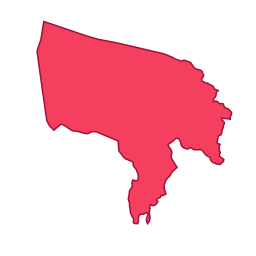 the Province of Kandahar, rotated 98°
{"feature_id": "AFG-1754", "entity_name": "Kandahar", "entity_type": "Province", "adm_level": 1, "iso_a3": "AFG", "parent_name": "Afghanistan", "parent_adm1": "", "projection": "orthographic", "projection_center": [66.2, 31.058], "detail": "fine", "context": "isolated", "style": "filled", "palette": "rose", "viewbox_px": 256, "rotation_deg": 98, "n_neighbors": 0, "source": "natural_earth", "source_scale": "10m", "svg_char_len": 5260}
<svg xmlns="http://www.w3.org/2000/svg" viewBox="0 0 256 256"><g transform="rotate(98 128 128)"><path d="M220.0,95.3L218.8,96.2L217.1,96.9L215.4,97.1L211.7,96.3L209.9,96.4L209.2,97.6L209.6,98.6L210.4,99.6L211.2,100.7L211.6,103.3L212.4,104.3L213.5,105.0L214.6,105.3L219.3,104.6L221.4,105.2L221.7,108.0L221.1,109.3L220.3,109.7L218.0,109.6L217.1,109.9L216.3,110.5L215.6,111.2L212.0,113.6L210.9,114.0L207.9,114.6L205.8,115.5L202.5,116.0L198.5,117.7L197.5,117.9L193.9,117.6L190.9,117.8L190.0,117.7L188.8,117.3L186.7,116.2L185.6,115.8L184.5,115.9L182.3,116.5L181.1,116.4L179.8,116.2L179.1,116.0L178.7,115.6L178.6,115.1L178.8,114.7L179.2,114.3L179.3,113.8L179.2,112.3L178.8,111.4L177.9,110.9L174.6,111.0L172.5,111.6L168.7,113.6L167.0,115.0L165.7,116.6L164.2,117.7L162.0,118.0L160.7,119.0L158.8,126.5L157.7,128.0L152.4,133.5L151.1,134.1L143.4,135.7L142.4,136.2L141.9,137.2L136.3,158.5L136.2,161.4L137.1,164.0L138.5,165.8L139.0,166.7L139.3,168.0L139.4,169.4L138.3,178.2L138.5,182.2L138.2,183.4L134.5,191.0L133.7,193.5L133.6,194.6L133.9,195.5L135.9,196.9L138.3,199.3L140.1,200.7L140.5,201.3L140.3,201.6L139.8,201.8L139.5,202.0L138.3,204.0L136.8,206.0L132.2,209.3L127.3,210.8L123.9,211.8L120.6,212.7L117.2,213.7L113.9,214.7L110.6,215.6L107.2,216.6L103.9,217.6L100.5,218.6L97.1,219.5L93.8,220.5L90.4,221.4L87.1,222.4L83.7,223.4L80.4,224.3L77.0,225.3L73.7,226.2L65.3,228.6L62.4,228.5L52.8,226.6L44.9,226.4L34.3,226.2L34.3,225.8L42.4,183.0L44.3,170.2L45.4,148.8L48.4,115.9L48.6,113.6L49.5,103.3L50.3,99.5L52.1,93.1L53.1,91.1L53.2,90.7L54.1,84.9L54.6,84.0L54.6,83.9L54.5,83.7L54.1,83.5L53.7,83.2L53.2,82.6L53.0,82.2L53.1,81.4L54.2,75.9L54.4,75.4L54.5,75.1L54.7,74.9L55.7,74.1L56.1,73.6L58.6,71.2L59.5,70.2L59.8,69.6L60.4,67.2L60.4,65.0L60.9,63.8L61.3,63.0L61.6,62.6L61.9,62.3L62.2,62.2L62.5,62.1L63.6,61.5L64.5,60.8L65.0,60.5L65.5,60.4L66.4,60.5L66.8,60.7L67.7,61.3L68.2,61.6L68.7,61.7L69.9,61.7L70.7,61.6L71.1,61.3L71.4,60.8L72.3,57.8L72.7,56.8L72.9,56.3L72.9,55.9L72.6,55.7L72.4,55.5L72.3,55.3L72.4,55.1L72.6,54.9L73.1,54.7L73.3,54.4L73.4,54.1L73.5,53.4L73.6,53.0L74.0,51.9L74.1,51.4L74.2,51.0L74.4,50.1L76.0,48.6L77.0,48.1L77.3,47.9L77.4,47.7L77.4,47.4L78.3,43.9L78.9,44.1L79.7,45.1L80.2,45.4L80.8,45.5L83.8,45.4L84.7,45.7L86.8,46.9L87.6,47.2L88.4,47.3L89.1,47.3L89.6,47.2L90.0,46.9L89.1,45.1L89.1,44.8L89.0,44.5L89.2,44.3L89.4,44.1L89.5,43.7L89.8,42.6L89.9,42.3L90.0,42.2L90.3,41.9L90.9,41.6L91.2,41.3L91.2,41.1L90.9,39.7L90.7,38.2L90.8,37.6L90.8,37.2L91.0,37.0L91.1,36.9L92.1,36.4L92.9,36.1L93.1,36.0L93.6,35.6L94.0,35.1L94.5,34.1L94.7,33.3L94.9,32.3L95.2,31.5L95.7,30.6L97.7,28.1L98.1,27.7L98.3,27.6L98.8,27.5L99.2,27.4L103.3,28.2L104.1,28.2L105.0,27.8L105.3,27.9L105.4,28.1L105.4,28.4L105.2,28.6L105.0,29.2L104.9,30.1L105.2,33.9L105.1,35.7L105.2,36.2L105.2,36.4L105.4,36.4L105.6,36.4L106.5,36.2L106.8,36.1L107.1,35.9L107.3,35.7L107.5,35.4L108.2,34.2L108.4,34.0L108.6,33.8L108.9,33.6L109.4,33.4L110.0,33.2L110.4,33.3L110.9,33.4L112.7,34.0L113.0,34.0L114.3,33.8L114.7,33.9L115.7,34.2L118.6,34.5L121.2,34.8L121.9,35.0L122.0,35.2L122.2,35.7L122.2,36.0L122.8,36.8L123.3,37.2L123.8,37.4L124.3,37.5L125.2,37.4L128.6,37.8L130.5,37.5L130.8,37.2L130.9,36.9L131.0,36.7L131.0,35.8L131.0,35.4L131.1,35.0L131.4,34.6L131.7,34.5L131.9,34.5L132.0,34.6L132.1,34.9L132.4,35.1L133.0,35.3L133.6,35.1L137.3,34.5L137.9,34.2L138.2,33.9L139.5,33.1L141.3,33.8L141.8,33.8L142.5,33.8L142.9,33.6L143.2,33.3L144.4,31.5L145.1,29.9L145.3,29.5L145.7,29.0L145.9,28.8L146.1,28.7L146.3,28.8L146.5,28.9L147.0,28.9L147.6,28.8L148.0,28.8L148.2,29.0L148.4,29.2L148.6,29.7L148.7,29.9L148.9,30.0L149.5,30.4L149.9,30.8L150.1,30.9L150.7,31.1L151.1,31.3L151.3,31.6L151.5,32.0L151.4,32.4L151.2,33.0L151.2,33.3L151.3,34.4L151.3,34.8L151.2,35.2L150.6,38.2L150.5,38.6L149.9,39.7L149.2,41.0L148.4,41.5L146.4,42.5L145.8,43.0L145.4,43.5L144.7,45.6L144.4,46.2L143.7,47.4L142.8,48.5L141.5,49.6L140.1,51.0L139.8,51.5L139.5,52.1L139.3,52.9L139.3,53.4L139.4,53.9L139.7,54.6L139.7,55.0L139.8,55.8L139.9,56.3L140.0,56.4L140.0,56.6L140.1,58.0L140.4,59.5L140.3,59.8L140.2,60.2L139.4,61.6L138.7,63.3L138.7,63.7L138.8,64.1L139.0,64.3L139.6,64.7L140.1,65.1L140.5,66.5L140.5,68.2L140.4,68.6L139.7,70.3L138.6,72.0L138.1,72.6L137.8,72.8L137.5,73.0L135.5,73.6L134.1,74.3L133.3,74.8L131.4,76.6L131.4,78.3L131.6,78.8L131.9,79.4L132.2,79.7L132.4,79.9L134.2,81.1L138.7,85.9L138.9,86.0L139.2,86.0L141.5,84.4L142.8,83.0L143.6,82.4L144.7,81.7L145.7,81.3L146.9,81.1L147.1,81.1L147.4,81.1L147.6,81.3L148.2,81.4L149.0,81.4L151.5,80.9L152.2,80.6L159.3,74.6L160.0,73.9L160.4,73.9L160.8,74.4L161.1,74.7L163.7,76.8L164.6,77.7L167.1,79.0L169.4,79.7L169.9,80.0L170.4,80.4L170.8,80.8L171.9,81.7L173.1,82.3L174.0,83.0L174.6,83.2L175.0,83.4L175.3,83.4L176.9,83.7L179.5,84.3L180.7,84.1L184.7,82.9L185.8,82.2L188.2,81.3L189.8,83.8L190.5,85.8L190.6,86.1L190.8,86.1L191.6,86.2L191.9,86.3L192.4,86.5L192.5,86.6L193.4,88.4L193.8,88.9L194.2,89.2L194.8,89.5L195.3,89.7L195.5,89.7L195.9,89.4L196.2,88.6L196.4,88.4L196.6,88.2L197.5,88.5L200.1,89.9L201.3,92.1L201.5,93.1L201.4,93.4L201.0,94.3L200.8,94.8L200.8,95.1L200.9,95.3L201.3,95.4L201.5,95.5L201.9,95.5L202.2,95.5L202.5,95.5L204.3,95.1L204.6,95.0L208.4,95.2L209.4,95.1L210.2,94.8L213.2,93.7L214.6,93.6L216.7,93.8L217.1,93.9L220.0,95.3L220.0,95.3Z" fill="#f43f5e" stroke="#9f1239" stroke-width="1.5"/></g></svg>